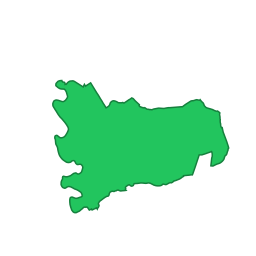 the district of Coltau, Maramures, Romania, rotated 242°
{"feature_id": "2599482B55109321738966", "entity_name": "Coltau", "entity_type": "district", "adm_level": 2, "iso_a3": "ROU", "parent_name": "Romania", "parent_adm1": "Maramures", "projection": "orthographic", "projection_center": [23.522, 47.593], "detail": "fine", "context": "isolated", "style": "filled", "palette": "green", "viewbox_px": 256, "rotation_deg": 242, "n_neighbors": 0, "source": "geoboundaries", "source_scale": "gbopen_adm2", "svg_char_len": 5590}
<svg xmlns="http://www.w3.org/2000/svg" viewBox="0 0 256 256"><g transform="rotate(242 128 128)"><path d="M119.1,205.0L118.8,204.4L119.5,203.4L120.7,202.0L121.0,201.0L121.4,198.7L122.1,197.0L122.3,196.2L121.8,189.7L121.2,186.2L126.3,174.5L126.5,174.1L127.0,173.1L127.7,171.1L128.2,169.4L128.4,168.9L128.6,168.5L130.6,165.3L130.9,164.8L131.1,164.5L131.3,164.0L132.3,160.8L132.7,159.5L132.7,159.2L132.8,158.8L132.8,158.2L132.9,157.7L133.0,157.5L133.8,156.4L133.9,155.9L134.6,155.3L134.8,154.8L134.9,154.7L135.1,154.6L135.3,154.1L136.0,153.4L136.3,153.2L137.7,152.6L137.9,152.3L138.1,152.0L138.2,151.8L138.5,151.7L138.5,151.1L138.7,150.8L139.5,150.2L139.6,149.9L140.5,149.3L140.7,149.1L140.8,149.0L140.9,148.8L140.9,148.7L141.4,148.5L141.5,148.5L141.8,148.4L142.2,148.3L142.4,148.4L142.5,148.4L142.5,148.5L143.0,148.7L143.3,149.0L143.7,148.8L148.3,147.2L149.8,146.8L151.1,146.5L151.8,146.2L152.8,145.4L152.5,143.8L152.5,142.1L152.1,138.5L152.0,137.5L151.9,136.4L152.0,136.0L152.5,135.7L153.0,135.4L153.2,134.3L153.6,133.5L154.5,131.9L155.3,131.0L156.2,130.6L157.5,129.6L158.7,128.3L159.1,127.2L159.1,125.9L158.9,125.1L158.5,124.2L157.1,122.7L156.5,121.6L156.2,120.3L156.1,118.1L159.4,117.9L161.3,117.7L164.3,117.6L166.5,117.4L170.9,117.2L173.8,116.9L185.4,116.2L184.9,110.1L187.0,110.0L185.3,107.7L194.2,102.6L194.9,102.1L195.5,101.5L196.6,98.9L196.7,98.0L196.5,96.3L195.9,94.7L195.6,94.1L195.8,94.0L196.0,92.9L196.9,93.3L197.6,93.4L198.0,93.4L198.3,93.2L198.6,92.9L198.9,92.4L199.2,92.0L200.3,91.7L201.0,91.9L201.7,90.3L202.1,88.4L201.9,87.6L201.4,86.2L201.1,85.4L200.2,84.7L199.2,84.2L196.6,85.2L195.0,86.1L193.9,87.2L192.2,90.0L190.9,90.4L189.0,90.5L184.2,89.5L183.3,88.7L182.2,86.7L181.8,85.6L181.6,84.3L181.7,83.2L182.2,82.3L185.1,79.5L186.1,78.3L186.6,77.3L186.7,76.1L186.6,75.2L185.8,74.1L184.7,73.0L183.2,72.3L182.1,72.1L180.7,72.2L178.6,72.3L176.4,72.5L172.8,72.7L169.4,73.2L167.2,73.9L162.6,74.9L159.5,75.3L156.5,75.4L154.9,74.9L153.8,73.9L152.4,72.1L151.3,70.3L150.6,69.1L150.2,67.7L150.1,66.5L150.4,65.1L150.8,64.1L151.6,63.3L154.6,62.0L155.1,61.4L155.2,60.6L155.1,59.8L154.3,59.1L153.3,58.6L151.8,58.4L148.7,57.1L147.4,56.7L145.0,56.7L143.5,56.5L141.5,55.8L139.3,55.2L136.7,54.7L134.8,54.7L132.1,55.1L130.3,55.7L127.4,57.2L126.4,57.9L125.5,59.1L125.0,60.4L124.8,61.5L125.2,63.0L125.0,64.2L124.5,65.0L124.0,65.3L123.1,65.4L121.6,65.3L120.7,65.5L119.6,66.0L119.2,66.7L118.6,68.6L117.6,69.6L116.2,69.9L115.2,69.8L114.4,69.6L113.6,68.9L112.2,67.6L111.0,66.3L110.7,65.5L110.5,64.3L110.5,62.9L111.1,61.9L112.8,60.9L113.2,59.6L113.4,58.6L112.9,55.1L113.1,53.2L113.5,51.4L114.1,50.2L115.7,48.4L115.7,47.6L115.1,47.0L113.8,46.3L112.3,44.2L111.1,43.3L109.3,42.3L107.9,42.2L106.7,42.3L105.7,42.7L104.5,43.9L104.3,44.8L104.5,46.5L104.3,48.0L103.5,49.1L102.8,49.9L100.6,51.4L99.3,52.2L97.8,53.6L96.4,54.6L94.2,55.8L93.1,56.3L92.3,56.3L91.0,56.2L90.1,55.9L89.3,55.4L89.1,54.6L89.3,53.5L89.5,52.5L89.6,51.6L89.9,49.9L90.5,48.8L91.1,48.1L92.1,47.3L93.3,46.2L93.6,45.3L93.6,44.5L93.2,43.9L91.8,42.8L89.8,41.8L87.6,40.9L85.1,40.3L82.1,39.8L79.9,40.1L78.6,40.8L77.9,41.8L77.5,42.9L77.6,44.0L77.4,45.6L77.6,47.0L78.0,48.6L78.2,49.9L78.6,51.0L78.7,52.2L78.1,53.2L77.4,54.7L76.5,55.0L73.7,55.3L73.6,57.8L72.5,57.8L72.3,61.8L72.2,61.8L72.2,62.7L70.8,62.8L71.5,63.6L71.9,64.6L72.3,65.2L72.8,65.7L73.3,66.1L74.1,66.2L74.9,66.2L75.6,66.8L76.3,68.0L76.7,69.1L76.9,70.8L77.2,72.4L77.6,75.4L77.6,77.3L77.3,78.0L77.2,78.6L77.4,79.3L78.1,80.1L78.7,80.5L79.4,81.4L79.8,82.2L79.8,83.3L79.6,83.8L79.6,84.4L79.1,85.1L78.5,85.8L78.4,87.4L78.1,88.2L78.2,88.9L78.1,89.5L77.8,90.2L76.9,90.9L76.1,91.6L75.6,92.6L75.2,93.7L74.6,95.0L73.9,96.9L74.2,96.8L74.9,96.8L75.0,96.9L75.1,97.2L75.3,97.4L75.8,97.6L76.3,97.6L76.8,97.9L77.1,98.4L77.3,99.1L77.5,101.2L77.4,102.3L77.3,102.5L76.9,102.7L76.6,102.8L75.9,103.1L75.3,103.5L74.9,104.0L74.7,105.0L74.8,105.7L75.3,106.4L76.0,107.3L74.6,110.4L73.5,113.4L72.9,114.5L72.0,115.9L71.3,116.9L70.9,117.5L70.5,118.4L70.3,119.1L70.1,119.8L69.8,120.5L69.2,121.2L68.7,121.8L67.4,122.7L66.6,123.3L66.4,123.4L65.5,124.0L64.2,125.3L63.3,126.5L62.2,128.6L61.9,129.4L61.7,130.5L61.7,131.2L61.8,131.4L62.0,132.1L62.0,132.3L62.0,132.6L61.6,133.2L61.3,133.5L61.1,133.8L60.8,134.1L60.5,134.5L60.3,134.7L60.1,135.4L60.1,138.6L60.0,139.5L59.8,139.8L59.4,140.2L59.3,140.4L59.2,141.1L59.2,141.5L59.3,142.3L59.5,143.2L59.7,143.9L59.5,144.0L59.4,144.7L59.2,145.5L59.0,147.6L58.8,149.1L58.8,150.7L58.9,151.3L59.2,152.9L59.2,154.4L59.4,154.6L59.8,154.7L57.5,160.3L57.1,161.5L56.6,162.5L56.4,162.8L57.2,163.8L62.5,169.5L67.2,174.4L70.8,178.2L70.5,178.9L69.6,180.6L68.8,185.1L68.7,186.0L68.3,188.4L68.0,190.7L67.5,190.7L67.0,190.6L66.1,190.4L64.8,189.8L63.9,189.3L63.3,189.0L62.9,188.5L61.7,187.5L58.3,185.2L55.7,183.4L55.4,183.8L54.7,184.9L54.5,185.5L54.5,187.1L54.4,189.2L54.3,190.0L54.0,191.5L53.9,192.4L53.9,193.3L54.1,194.5L54.4,195.8L55.2,197.7L55.5,198.1L57.2,199.8L57.6,200.3L57.9,200.9L58.0,201.3L58.0,201.8L58.2,202.2L58.3,202.5L59.0,203.3L59.9,204.1L61.1,205.4L61.5,205.9L62.3,206.4L62.9,207.0L63.0,207.5L64.7,207.9L69.8,208.8L79.7,210.1L84.0,211.3L84.0,210.9L85.7,210.7L86.0,210.8L86.4,210.9L88.4,211.8L89.4,212.0L89.9,212.2L90.4,212.4L90.8,212.6L91.3,212.8L91.6,213.1L92.1,213.4L92.7,213.5L94.0,214.1L94.3,214.3L95.4,214.7L96.8,215.1L97.5,215.6L98.1,216.1L98.4,216.2L99.8,215.6L100.4,215.3L100.9,215.1L101.0,214.6L101.2,214.2L101.6,213.6L103.0,212.4L103.9,211.8L104.6,211.3L106.1,209.8L108.3,207.5L109.1,206.8L109.8,206.4L111.6,205.9L112.4,205.9L112.9,205.9L113.2,206.1L113.9,206.1L114.9,206.1L116.5,205.5L117.7,205.2L119.1,205.0Z" fill="#22c55e" stroke="#15803d" stroke-width="1.5"/></g></svg>